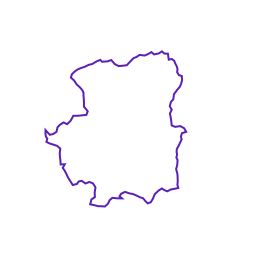 São Lourenço da Serra, São Paulo, Brazil, rotated 223°
{"feature_id": "56859067B37317511483165", "entity_name": "São Lourenço da Serra", "entity_type": "district", "adm_level": 2, "iso_a3": "BRA", "parent_name": "Brazil", "parent_adm1": "São Paulo", "projection": "robinson", "projection_center": [-46.936, -23.856], "detail": "fine", "context": "isolated", "style": "outline", "palette": "violet", "viewbox_px": 256, "rotation_deg": 223, "n_neighbors": 0, "source": "geoboundaries", "source_scale": "gbopen_adm2", "svg_char_len": 1925}
<svg xmlns="http://www.w3.org/2000/svg" viewBox="0 0 256 256"><g transform="rotate(223 128 128)"><path d="M84.4,72.4L87.6,72.3L88.2,75.2L86.6,79.3L82.8,80.9L79.3,83.1L75.4,84.5L72.0,85.5L69.0,86.9L65.5,86.4L62.2,86.3L60.7,89.4L61.6,93.4L63.3,97.9L62.9,103.4L62.0,106.9L58.6,107.5L56.0,108.6L54.8,112.2L52.2,115.7L50.3,118.4L53.2,120.2L55.0,122.6L57.2,124.9L60.3,127.9L64.8,130.8L66.7,134.4L69.8,138.3L72.5,139.4L73.9,142.0L76.2,143.7L78.0,146.0L78.9,149.8L80.1,153.4L81.1,156.4L83.5,157.8L85.0,161.0L82.8,164.9L86.9,166.1L91.1,165.0L94.3,161.0L97.8,159.7L101.3,162.7L104.0,164.9L107.2,167.1L108.5,171.2L112.3,172.4L114.4,176.5L114.5,180.0L117.4,184.0L118.1,189.7L118.2,193.5L119.3,196.6L121.2,200.0L124.2,202.8L126.8,201.4L130.1,202.3L132.1,205.0L134.5,206.4L137.4,207.4L140.1,208.7L143.1,208.3L144.8,205.8L147.2,207.7L149.5,209.6L152.2,207.2L155.4,207.2L156.4,203.4L159.1,199.6L162.6,199.5L163.8,195.6L165.2,192.4L169.4,189.3L170.2,185.8L171.6,182.8L171.7,177.5L171.7,173.1L174.1,170.2L177.1,166.9L181.4,165.7L186.5,166.3L188.5,162.7L192.1,158.8L194.7,158.9L196.4,155.3L197.8,150.4L199.8,147.4L201.4,143.2L203.3,139.8L204.8,136.4L205.5,132.8L205.7,129.0L204.1,125.9L199.7,126.0L195.5,124.9L190.5,124.9L187.0,124.5L184.4,123.3L182.6,121.3L179.9,118.9L177.0,116.0L174.7,113.5L171.6,113.2L168.8,112.7L167.4,109.2L169.8,106.4L173.3,102.4L176.3,99.6L174.9,94.1L175.1,89.3L178.9,88.1L180.0,83.9L180.0,80.4L177.7,76.5L178.6,72.7L180.5,69.7L186.9,70.2L184.4,67.5L182.3,65.8L179.7,65.1L178.2,62.2L175.1,63.1L172.6,64.3L167.9,66.5L163.5,66.8L160.7,63.0L157.8,60.2L155.2,58.1L152.4,55.4L149.5,58.4L148.5,54.3L145.5,53.7L142.3,52.6L137.8,50.8L134.7,50.0L129.5,48.6L127.2,52.3L127.6,55.3L125.8,57.8L121.3,58.4L119.4,62.2L115.9,63.6L111.3,62.4L108.4,58.1L105.1,54.9L106.0,50.8L103.6,46.4L100.3,48.4L96.6,50.4L94.1,52.6L91.4,54.8L91.0,58.9L92.2,62.8L91.8,66.3L88.3,68.9L84.4,72.4Z" fill="none" stroke="#5b21b6" stroke-width="2"/></g></svg>